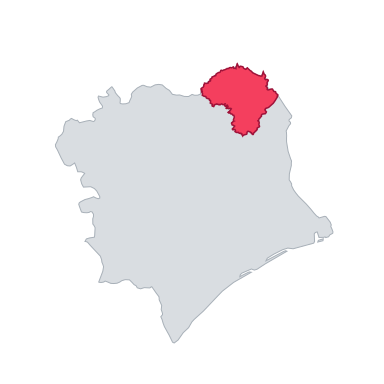 Bounkani, Zanzan, Ivory Coast (highlighted), rotated 335°
{"feature_id": "98640826B90856530326373", "entity_name": "Bounkani", "entity_type": "district", "adm_level": 2, "iso_a3": "CIV", "parent_name": "Ivory Coast", "parent_adm1": "Zanzan", "projection": "mercator", "projection_center": [-3.483, 9.078], "detail": "fine", "context": "in_parent", "style": "filled", "palette": "rose", "viewbox_px": 384, "rotation_deg": 335, "n_neighbors": 0, "source": "geoboundaries", "source_scale": "gbopen_adm2", "svg_char_len": 9262}
<svg xmlns="http://www.w3.org/2000/svg" viewBox="0 0 384 384"><g transform="rotate(335 192 192)"><path d="M94.1,85.7L95.3,85.6L98.4,84.7L101.2,82.7L103.8,78.3L107.3,74.9L111.3,75.1L112.5,74.5L113.9,74.4L115.5,76.6L117.2,78.4L118.4,78.4L119.3,81.7L126.6,83.1L129.7,84.0L132.3,86.4L133.2,86.5L134.3,86.0L135.2,85.1L135.4,84.2L134.2,82.0L134.7,80.1L135.9,78.3L137.8,78.2L140.6,77.7L143.8,77.7L146.2,78.0L147.2,76.3L146.3,71.4L146.5,68.7L146.9,66.4L147.8,65.5L151.4,68.4L154.7,69.4L157.1,69.5L157.7,68.9L156.7,65.8L157.0,64.9L157.9,64.3L159.4,64.0L163.6,62.7L164.0,63.0L164.8,67.9L164.5,69.5L165.3,72.9L166.4,76.0L166.4,77.2L165.5,79.1L164.4,80.9L164.5,81.6L166.2,82.8L169.4,84.1L172.7,84.4L174.6,82.6L176.5,81.1L177.8,79.8L178.3,77.8L180.4,76.4L186.4,74.6L191.9,74.3L193.3,74.9L195.8,77.6L198.9,79.5L203.8,79.3L207.3,80.4L210.3,82.4L212.3,87.1L214.5,90.4L215.5,95.2L219.0,97.7L221.8,98.8L225.5,102.2L229.3,104.0L233.3,103.6L235.2,105.4L238.2,106.7L241.1,106.8L243.8,102.8L247.2,101.2L256.0,98.0L259.4,96.6L262.9,95.7L271.3,95.4L279.2,96.4L283.1,97.1L285.7,96.6L288.2,98.5L290.8,102.4L293.0,103.7L295.2,105.1L296.8,108.2L298.7,111.3L299.7,112.7L302.1,115.7L304.1,115.8L306.1,114.5L306.9,113.5L307.3,115.5L306.5,118.8L306.7,120.8L307.8,121.6L307.2,124.2L304.9,128.6L304.9,131.2L307.2,132.1L308.8,134.8L309.8,139.6L310.8,141.2L310.9,142.2L312.5,153.7L314.6,165.2L313.3,166.8L311.5,167.2L310.3,167.7L310.0,168.8L310.7,170.4L310.2,171.8L308.0,172.8L303.1,176.5L302.8,177.9L301.5,181.1L300.5,183.0L298.9,186.5L296.3,195.8L295.4,203.6L295.3,206.0L294.3,207.6L293.2,210.0L287.9,216.7L285.2,222.1L285.6,224.4L285.7,226.8L284.9,228.5L285.0,233.1L285.7,236.9L286.6,240.6L290.5,251.3L292.4,257.7L293.7,262.9L294.8,266.4L295.8,267.8L296.2,269.2L301.9,270.1L303.0,270.9L304.5,277.7L304.3,280.7L303.2,281.9L303.2,284.5L302.9,287.7L302.1,288.9L298.9,289.1L296.8,290.3L293.9,289.8L293.7,289.0L292.1,288.7L287.9,286.9L288.6,281.1L286.7,280.8L285.1,281.6L282.2,288.6L280.7,289.8L259.7,286.2L255.1,283.3L249.7,282.6L240.1,282.9L232.3,283.8L230.0,285.6L249.9,284.6L252.0,284.8L253.0,285.8L227.9,288.1L218.3,289.5L215.5,289.1L213.3,286.9L202.9,286.6L200.8,287.4L199.5,289.0L203.6,288.7L210.1,288.6L211.8,289.8L191.6,291.5L177.6,294.7L171.6,297.0L152.1,304.7L140.1,308.4L137.0,309.7L131.6,313.5L124.6,315.8L116.8,320.3L112.0,321.3L110.9,319.9L110.8,312.4L110.1,302.3L110.4,298.5L111.0,294.9L111.0,291.9L113.4,290.7L114.0,289.5L114.4,285.6L116.6,282.0L116.7,275.8L117.3,274.5L117.8,272.9L116.9,268.8L115.6,261.1L115.0,260.6L114.5,261.0L113.2,261.1L108.3,258.5L104.5,258.0L101.9,255.7L101.7,253.2L100.4,251.6L99.5,248.7L98.2,245.2L94.4,243.2L90.9,242.7L88.4,243.1L85.5,243.0L82.2,241.8L79.8,240.5L77.6,238.0L75.6,236.0L74.0,236.3L72.0,235.8L70.1,234.9L69.4,234.2L77.6,226.2L80.3,222.3L80.6,219.9L80.7,217.5L81.5,215.0L81.8,211.3L77.3,197.6L76.1,193.3L74.9,192.1L74.1,191.6L76.4,189.9L79.6,190.3L84.4,191.7L85.4,190.3L89.1,183.4L89.0,180.9L88.6,179.1L90.7,174.4L92.4,172.5L93.3,170.5L93.0,167.8L91.7,166.8L90.1,167.0L88.0,166.4L85.0,164.8L83.4,163.4L83.9,157.2L84.2,155.2L85.3,154.1L87.0,153.8L91.7,153.6L95.6,154.3L99.0,154.7L100.8,154.7L102.2,156.6L104.2,158.5L105.9,158.5L106.5,157.1L106.1,150.9L105.0,147.6L102.4,144.4L95.7,141.7L95.5,138.0L96.2,133.9L97.6,132.4L102.6,129.8L101.7,128.4L100.2,126.9L97.0,125.4L97.7,120.5L97.9,116.1L95.2,116.6L92.5,116.9L90.1,115.5L88.2,112.9L87.8,105.6L87.8,97.1L87.5,93.4L88.2,91.4L90.6,89.6L93.2,87.2L94.1,85.7ZM291.2,289.9L290.1,291.5L284.8,290.5L286.1,289.2L291.2,289.9Z" fill="#d9dde1" stroke="#a8b0b8" stroke-width="1"/><path d="M309.7,141.8L309.6,141.6L309.7,141.1L310.8,140.5L310.9,140.3L310.9,140.2L310.4,139.1L309.9,138.3L309.9,137.9L310.1,136.8L310.1,136.5L309.7,136.0L308.9,135.7L308.7,135.4L308.6,134.7L308.5,134.0L308.5,133.1L308.4,132.7L308.2,132.5L308.0,132.4L306.6,132.1L306.0,131.9L305.1,131.9L304.5,131.8L303.8,131.4L303.5,131.0L303.5,130.8L303.5,130.5L304.0,130.1L304.3,129.5L304.0,128.2L303.7,127.6L303.7,127.3L304.1,127.0L305.0,126.9L305.4,126.7L305.9,125.9L306.0,125.0L306.1,124.8L306.8,124.2L307.0,123.9L307.6,123.7L308.1,123.4L308.4,122.9L308.4,122.7L307.6,121.7L307.3,121.6L306.5,121.5L306.1,121.2L305.9,120.8L305.8,120.0L305.8,119.8L305.9,119.6L306.6,119.3L306.8,118.9L307.2,118.7L307.5,118.4L307.8,117.6L307.7,116.5L307.3,115.9L307.2,115.4L307.2,114.6L307.4,113.9L307.4,113.2L305.7,115.0L304.4,116.4L303.2,116.0L302.1,114.9L301.6,114.7L297.3,109.5L296.9,107.7L296.0,106.5L295.6,105.4L294.8,103.5L294.7,102.9L294.3,102.9L293.2,103.2L292.8,103.6L292.4,103.5L291.1,101.7L291.1,100.1L290.2,99.3L289.1,98.5L288.9,98.4L288.6,98.4L287.7,99.1L287.4,99.1L287.3,98.1L287.1,97.2L287.2,96.2L287.2,95.8L287.2,95.1L287.2,94.9L286.8,95.1L286.3,96.0L286.0,96.3L285.4,96.7L284.9,97.4L284.2,97.9L283.9,98.3L283.9,98.6L283.6,98.4L283.4,98.2L282.7,97.8L282.2,97.6L282.4,96.1L282.2,96.0L281.6,96.2L280.7,96.2L280.2,96.1L279.6,95.5L279.1,95.3L278.3,95.2L278.0,95.3L277.5,95.6L277.3,95.4L275.9,94.9L275.7,95.1L275.2,95.1L274.5,95.0L273.4,95.1L272.2,94.8L270.8,94.9L270.0,94.0L269.5,94.0L269.3,94.1L268.4,95.1L267.8,95.2L267.5,95.3L266.9,95.0L266.3,94.9L264.7,95.1L263.7,95.3L262.6,96.6L261.8,96.2L261.3,96.4L260.2,96.3L259.5,96.3L258.8,96.2L258.6,96.5L258.2,97.1L257.8,97.1L257.3,97.4L256.7,97.4L256.4,97.3L256.0,97.6L255.8,97.8L255.8,98.2L255.6,98.4L255.7,98.7L255.9,98.8L255.7,99.1L255.0,99.2L254.7,99.1L253.6,99.0L253.4,99.2L253.0,99.9L252.8,100.1L252.7,100.1L250.9,99.7L249.8,98.9L249.5,98.6L249.3,98.6L248.7,99.6L248.5,99.8L247.9,99.9L247.3,101.2L246.8,101.5L246.5,101.7L244.7,101.9L244.7,102.0L244.2,102.4L243.9,102.3L243.8,102.8L243.6,102.9L243.5,103.1L244.0,103.2L244.1,103.4L243.7,103.6L243.9,104.0L243.6,104.5L243.7,104.9L243.3,104.9L243.2,105.0L243.5,105.2L243.6,105.4L243.1,105.8L243.2,106.0L243.1,106.4L243.2,107.1L242.8,107.9L242.5,108.3L242.2,108.6L242.2,108.8L242.5,109.0L243.4,110.4L243.9,110.6L244.2,111.0L244.8,111.2L244.9,111.7L244.7,112.6L244.8,112.9L245.1,113.2L245.2,113.6L245.6,113.8L246.0,114.2L246.6,114.5L246.8,114.7L246.8,114.8L246.6,116.2L246.8,116.5L247.1,116.6L247.3,116.6L247.4,116.8L247.4,117.1L247.0,117.5L247.0,118.2L246.7,118.6L246.3,118.8L246.1,119.0L247.0,120.5L247.6,121.1L247.7,121.4L247.7,121.5L247.3,121.8L246.9,121.9L246.7,122.1L246.6,122.5L246.8,122.9L247.1,123.1L247.6,123.5L247.8,123.8L248.0,123.7L248.1,123.4L248.7,123.0L249.0,122.8L249.5,122.4L250.7,122.7L251.2,122.5L251.6,122.6L251.8,122.7L251.9,123.2L252.1,123.3L252.6,123.4L252.9,123.9L253.4,124.5L253.7,124.4L253.9,124.3L254.0,124.3L254.4,124.5L254.5,124.8L255.0,124.7L256.2,124.7L256.4,124.9L256.4,125.0L256.6,125.5L256.8,125.8L257.2,126.1L257.7,126.1L258.2,126.2L258.9,126.0L259.2,126.1L258.4,126.9L258.2,127.3L258.3,127.6L258.2,127.9L258.4,128.5L258.5,128.7L259.0,128.8L259.5,128.7L259.8,128.6L259.9,128.2L260.2,128.3L260.6,128.1L260.8,128.4L260.7,128.7L260.8,129.3L260.8,129.6L260.7,129.9L260.2,129.6L260.0,129.2L259.9,129.1L259.6,129.0L259.4,129.0L259.1,129.4L259.1,130.4L258.6,130.6L258.4,130.7L258.7,131.0L259.2,131.1L259.6,131.0L259.9,131.5L260.1,131.6L260.4,132.0L260.5,132.1L261.2,132.0L261.9,132.3L262.1,132.5L262.6,132.7L262.7,133.0L262.8,133.2L262.5,133.4L261.8,133.7L261.4,134.1L260.8,134.1L260.1,135.0L259.7,134.9L259.3,134.7L258.3,135.1L258.8,136.1L259.3,136.3L260.0,136.5L260.2,137.0L260.3,137.8L261.0,138.1L261.4,138.7L261.6,139.9L262.3,140.2L262.1,141.9L260.0,144.1L259.6,145.3L259.9,145.4L260.0,145.5L258.9,145.5L258.6,145.6L258.2,146.0L257.9,146.0L257.4,145.9L257.2,146.0L256.9,146.3L256.8,146.8L256.8,147.5L256.7,148.2L257.8,149.1L258.0,149.5L258.2,149.8L258.5,150.3L257.8,150.6L257.3,150.9L256.8,151.4L255.8,151.6L255.5,151.7L255.2,151.9L255.1,152.4L255.2,152.8L255.5,153.0L256.6,153.2L256.7,153.3L257.3,153.5L257.5,154.3L257.2,154.5L257.1,155.4L256.9,155.6L256.6,155.6L256.7,155.8L256.9,156.0L257.2,156.6L257.7,157.0L258.4,157.3L259.2,157.5L259.4,157.8L259.5,158.6L259.7,158.8L260.6,159.3L261.1,159.3L261.2,160.2L261.2,160.3L261.7,160.4L261.6,161.0L261.6,161.5L261.5,161.9L261.6,162.6L261.8,162.4L262.8,162.4L263.1,162.2L263.6,162.3L264.8,162.5L265.0,162.6L266.0,162.7L266.5,162.3L266.6,162.1L266.7,161.6L267.7,160.7L268.0,160.6L268.6,160.7L269.0,161.2L269.3,161.5L269.8,161.7L270.0,161.9L270.1,162.2L270.1,162.5L270.4,162.6L270.4,163.0L270.7,163.1L270.9,163.4L270.7,163.9L270.9,164.2L270.8,164.5L271.4,165.5L271.5,165.7L271.8,165.7L272.2,165.4L272.3,165.2L272.3,164.9L272.6,164.7L272.9,164.7L273.4,164.4L273.8,164.4L274.9,163.9L275.2,163.7L275.3,163.6L275.6,163.7L275.8,163.6L276.2,163.6L276.7,163.1L277.0,163.2L277.4,163.0L277.6,162.5L277.7,162.4L277.8,162.0L278.1,161.9L278.1,161.7L278.3,161.5L279.5,161.4L280.1,161.5L280.8,161.3L281.1,160.3L281.1,160.1L281.0,159.9L281.3,158.7L282.1,157.9L282.4,156.9L282.3,156.0L281.9,155.7L281.8,155.3L282.1,155.2L282.4,155.3L283.0,155.0L283.3,154.4L283.4,154.2L283.7,154.0L284.3,153.8L284.7,153.8L284.9,153.7L285.2,153.4L286.0,153.0L286.7,152.9L287.0,152.7L287.2,152.4L287.2,151.8L287.3,151.7L288.0,151.2L289.1,151.2L289.4,151.4L289.9,151.4L290.3,151.7L291.0,151.7L291.2,151.8L291.4,152.0L291.6,152.0L292.8,151.3L293.3,150.8L293.0,150.2L292.9,149.4L293.1,149.0L292.8,148.8L292.9,148.1L293.0,148.0L293.3,148.0L293.9,147.4L294.4,147.4L294.7,147.5L295.0,147.4L295.6,147.6L297.2,147.7L303.2,145.9L306.1,144.2L309.7,141.8Z" fill="#f43f5e" stroke="#9f1239" stroke-width="1.5"/></g></svg>